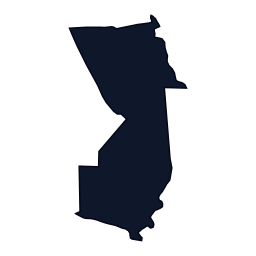 outline of Sepang, Selangor, Malaysia
{"feature_id": "92858781B54424141725992", "entity_name": "Sepang", "entity_type": "district", "adm_level": 2, "iso_a3": "MYS", "parent_name": "Malaysia", "parent_adm1": "Selangor", "projection": "mercator", "projection_center": [101.701, 2.798], "detail": "fine", "context": "isolated", "style": "filled", "palette": "ink", "viewbox_px": 256, "rotation_deg": 0, "n_neighbors": 0, "source": "geoboundaries", "source_scale": "gbopen_adm2", "svg_char_len": 1616}
<svg xmlns="http://www.w3.org/2000/svg" viewBox="0 0 256 256"><path d="M186.5,88.1L184.8,84.6L181.9,82.7L178.4,81.8L176.1,80.5L175.2,77.0L174.5,73.1L172.3,69.0L168.8,65.5L168.0,63.7L167.1,61.7L167.1,59.2L167.4,56.9L167.4,55.2L166.3,52.7L165.9,51.2L165.2,48.6L164.8,46.4L164.6,42.3L161.8,38.7L154.5,37.2L154.6,35.7L154.9,33.7L154.2,30.9L154.2,29.0L155.7,28.2L159.6,26.5L158.7,24.3L157.1,21.9L155.3,18.4L153.8,17.6L153.4,16.8L151.7,15.6L151.0,15.4L150.8,16.5L150.7,18.1L151.5,19.8L151.9,22.2L149.2,23.0L146.9,23.3L144.3,23.7L137.7,24.5L116.4,28.8L114.0,27.4L112.6,26.9L111.3,26.8L104.3,27.5L100.7,27.3L98.6,27.3L95.8,27.3L93.7,27.3L91.2,27.3L88.9,27.3L86.1,27.3L69.5,28.2L72.1,34.5L77.4,46.4L86.7,65.1L97.8,85.4L102.5,96.0L106.2,102.3L113.7,111.3L117.4,114.0L121.1,114.0L126.6,119.1L99.0,151.4L98.6,166.8L79.2,166.2L80.0,208.9L80.0,211.6L78.4,212.4L75.6,213.6L75.8,213.8L75.5,213.6L82.9,217.5L85.7,218.3L90.4,218.5L93.5,219.0L96.6,219.8L99.8,221.0L104.5,222.6L108.4,223.7L111.9,224.5L115.4,225.3L118.9,226.7L122.5,228.2L125.6,228.8L128.5,230.8L129.9,233.1L130.1,235.3L130.5,238.0L132.0,239.0L141.6,240.6L142.0,237.7L141.2,237.2L139.1,234.3L137.9,232.7L139.9,231.0L142.0,229.0L144.2,227.8L146.3,226.3L148.1,225.7L149.3,227.1L150.8,228.0L153.2,227.1L153.8,224.3L153.0,221.8L151.6,219.8L150.2,217.1L151.4,215.1L153.4,212.4L154.9,210.4L157.7,209.3L160.4,208.1L162.4,206.7L162.6,203.8L161.6,201.4L159.6,200.5L158.6,198.7L158.8,196.4L160.2,194.0L162.2,191.7L163.7,189.1L165.1,186.8L166.5,184.2L168.2,182.1L169.8,179.9L171.8,168.0L170.0,158.5L164.3,87.5L186.5,88.1Z" fill="#0f172a" stroke="#020617" stroke-width="1.5"/></svg>